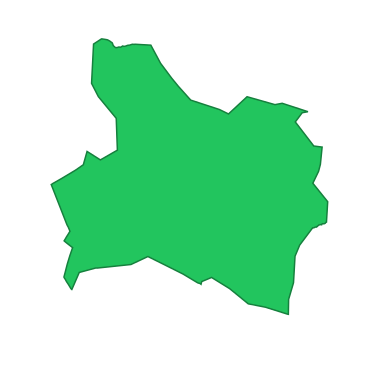 Tolbo, Bayan-Ölgiy, Mongolia, rotated 17°
{"feature_id": "93677404B88503243621788", "entity_name": "Tolbo", "entity_type": "district", "adm_level": 2, "iso_a3": "MNG", "parent_name": "Mongolia", "parent_adm1": "Bayan-Ölgiy", "projection": "albers", "projection_center": [90.293, 48.38], "detail": "fine", "context": "isolated", "style": "filled", "palette": "green", "viewbox_px": 384, "rotation_deg": 17, "n_neighbors": 0, "source": "geoboundaries", "source_scale": "gbopen_adm2", "svg_char_len": 2145}
<svg xmlns="http://www.w3.org/2000/svg" viewBox="0 0 384 384"><g transform="rotate(17 192 192)"><path d="M105.4,320.4L105.6,320.4L107.7,301.9L122.2,292.8L123.7,292.4L154.8,279.2L168.7,266.6L186.8,269.6L207.5,273.1L224.0,277.2L226.7,277.2L227.6,277.6L227.5,274.8L235.7,268.0L256.2,273.4L278.5,282.5L295.9,280.7L318.8,280.9L319.9,280.8L315.8,266.5L315.6,249.1L309.3,223.3L310.5,211.3L317.8,191.1L318.6,190.8L319.1,190.5L319.5,190.2L319.7,189.9L319.9,189.7L320.2,189.5L320.8,189.3L321.2,189.2L321.3,189.0L321.4,188.6L321.8,188.5L322.0,188.3L322.2,187.6L322.5,187.2L322.8,186.8L322.9,186.5L323.2,186.4L323.6,186.1L323.9,185.9L324.1,185.7L324.5,185.6L325.0,185.6L325.3,185.5L325.6,185.4L325.6,185.1L325.7,184.6L325.9,184.2L326.3,184.1L326.8,184.0L327.3,183.9L327.6,183.7L328.0,183.5L328.5,183.0L328.7,182.4L328.9,181.9L329.4,181.5L324.6,161.6L305.0,148.3L307.0,135.2L306.7,128.0L303.3,111.0L295.0,112.4L270.3,94.8L274.2,84.0L279.4,81.3L252.3,80.8L245.8,84.2L216.8,84.8L204.1,106.7L194.1,105.1L163.9,104.5L148.0,94.9L139.3,89.1L124.3,78.1L109.7,63.6L94.1,67.4L93.8,67.7L93.3,67.8L92.8,67.9L92.2,68.0L91.5,68.3L90.6,68.9L89.7,69.6L88.6,70.1L87.9,70.4L87.3,70.7L86.5,71.4L85.8,71.9L84.7,72.5L83.9,72.7L83.6,72.7L83.4,72.6L83.2,72.6L82.9,72.7L82.2,73.6L81.2,74.5L80.9,74.6L80.3,74.6L79.7,74.7L79.1,75.1L78.6,75.5L77.9,75.8L77.2,76.2L76.7,76.2L75.9,76.0L75.3,75.7L74.1,75.1L73.4,74.4L72.9,73.6L72.6,73.4L72.4,73.0L71.8,72.5L70.9,72.3L69.6,71.8L68.4,71.5L67.4,71.3L66.5,71.2L65.4,71.3L61.2,71.9L60.6,72.1L54.6,79.3L64.2,117.5L74.6,128.2L98.0,143.7L108.4,173.8L95.0,188.1L79.8,183.9L80.1,197.7L74.1,205.3L62.8,217.8L56.2,224.8L55.9,225.3L55.2,226.0L73.4,249.0L81.3,259.0L82.4,260.3L82.9,260.8L83.8,261.6L84.5,262.5L85.3,263.4L86.8,265.3L86.5,266.3L85.8,269.1L85.1,271.5L84.6,273.8L84.2,275.3L84.0,276.1L85.1,276.6L87.0,277.4L88.8,278.1L90.9,278.9L92.5,279.5L93.5,279.9L94.1,280.1L94.0,282.7L93.9,285.8L93.8,288.7L93.8,291.3L93.8,294.1L93.8,297.1L93.9,299.6L94.0,301.7L94.1,303.7L94.2,305.8L94.3,308.8L94.4,310.7L94.7,311.2L96.6,312.8L98.2,314.4L100.9,316.6L103.0,318.5L104.2,319.6L105.4,320.4Z" fill="#22c55e" stroke="#15803d" stroke-width="1.5"/></g></svg>